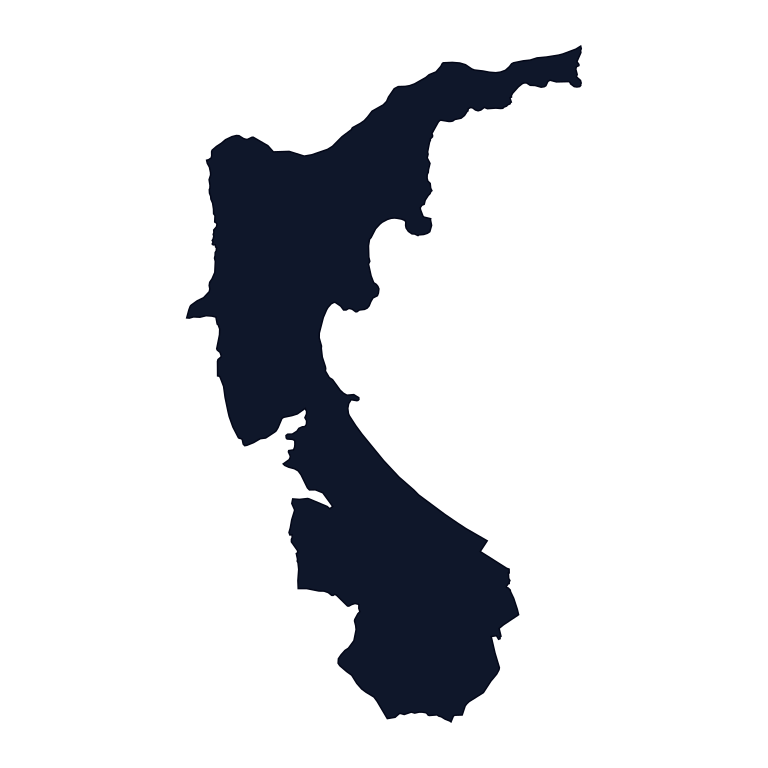 the district of Lien Chieu, Đà Nẵng, Vietnam
{"feature_id": "81297802B84719552891507", "entity_name": "Lien Chieu", "entity_type": "district", "adm_level": 2, "iso_a3": "VNM", "parent_name": "Vietnam", "parent_adm1": "Đà Nẵng", "projection": "albers", "projection_center": [108.134, 16.122], "detail": "fine", "context": "isolated", "style": "filled", "palette": "ink", "viewbox_px": 768, "rotation_deg": 0, "n_neighbors": 0, "source": "geoboundaries", "source_scale": "gbopen_adm2", "svg_char_len": 6048}
<svg xmlns="http://www.w3.org/2000/svg" viewBox="0 0 768 768"><path d="M518.6,614.7L517.3,609.3L513.7,598.3L510.6,591.8L510.2,590.0L508.1,587.9L506.5,587.5L506.5,586.2L508.5,583.5L509.2,583.5L509.2,582.1L509.9,580.5L508.7,578.4L508.4,572.9L509.2,572.9L509.1,569.1L506.7,568.3L480.2,551.5L487.2,540.8L466.1,528.7L458.0,523.4L444.7,514.3L418.6,494.9L413.8,490.0L399.0,477.1L383.6,460.6L362.0,434.2L355.7,425.6L349.3,415.7L348.4,413.4L347.8,408.3L348.7,403.6L351.1,399.7L356.9,400.7L358.0,400.4L358.9,399.5L358.8,397.7L353.8,394.6L346.9,395.2L343.4,393.2L340.1,390.1L332.5,379.6L329.3,377.6L325.4,371.0L325.7,368.5L325.4,366.7L322.3,357.1L321.3,348.4L321.5,346.1L319.2,337.9L319.3,333.1L323.3,317.5L326.6,309.8L328.0,307.4L331.2,303.8L334.1,302.3L335.4,302.5L340.7,306.1L343.6,310.0L346.1,310.0L348.2,308.7L349.7,308.5L352.2,309.2L355.7,311.8L356.9,311.8L359.4,310.0L364.5,309.4L367.2,308.1L369.1,305.9L370.8,301.7L372.9,298.0L377.4,295.7L378.4,293.1L378.9,288.9L377.9,286.4L376.3,284.4L373.7,282.7L371.1,275.9L368.5,264.1L369.8,261.3L368.8,257.1L368.5,245.8L369.5,239.4L371.1,237.5L375.6,228.8L379.8,224.2L382.2,222.2L387.5,219.4L391.2,218.3L394.5,218.0L397.2,218.3L401.6,219.1L404.9,220.5L405.8,222.2L405.6,225.3L406.1,228.0L408.4,231.4L412.0,233.9L414.6,234.0L418.0,235.6L418.8,234.9L423.7,234.5L427.4,233.3L429.8,231.7L431.6,225.4L430.5,219.8L430.7,218.7L424.0,217.1L423.0,216.2L420.6,209.9L420.2,207.8L421.8,205.3L424.2,204.3L425.2,200.2L428.3,195.4L430.0,193.7L430.9,191.5L431.9,190.7L430.7,188.2L430.2,183.4L427.8,181.0L427.1,178.2L427.2,174.7L428.3,172.3L428.5,169.6L430.0,163.4L427.2,157.9L428.1,154.2L427.6,152.0L429.5,142.3L430.4,140.2L430.3,139.0L432.5,136.8L432.6,135.3L431.9,133.6L438.4,121.9L440.1,120.3L441.0,120.2L449.0,121.5L451.0,121.4L452.8,121.0L454.8,119.5L461.1,118.2L464.5,115.5L467.2,111.3L467.9,111.0L468.3,108.6L470.8,107.5L472.8,108.0L475.4,110.0L478.1,110.8L480.9,110.0L484.3,107.4L487.4,108.7L495.8,108.1L500.7,108.5L502.8,108.3L504.0,107.1L506.6,106.1L507.6,104.9L510.1,103.8L510.5,102.5L511.3,102.1L510.0,98.1L510.1,97.6L511.5,97.1L511.4,95.6L512.5,93.4L518.4,86.8L522.1,83.8L523.8,83.0L526.5,82.9L530.2,85.3L535.1,85.5L541.1,87.2L542.5,87.0L544.3,86.7L545.9,85.7L547.9,81.4L550.0,80.2L556.4,81.9L568.9,81.6L570.1,82.5L570.5,83.8L574.2,86.6L576.9,87.0L579.7,86.6L580.8,85.4L580.7,84.2L581.2,83.1L580.5,80.4L576.4,76.8L577.2,74.5L575.8,69.2L576.4,66.8L578.9,65.6L578.9,64.4L577.1,61.9L577.2,61.0L580.9,52.6L580.6,50.4L581.3,48.7L580.7,46.1L575.9,49.1L562.8,54.0L558.6,55.1L546.6,57.0L537.0,57.9L530.1,60.1L523.4,60.8L513.5,62.8L511.6,63.8L509.4,66.7L505.4,70.3L500.4,72.1L495.7,72.7L489.3,72.2L483.0,71.0L474.4,70.0L471.7,68.9L465.5,64.7L459.8,63.0L452.4,62.4L443.2,62.8L442.3,63.5L440.8,66.4L436.0,71.9L429.1,74.7L425.8,77.5L414.5,83.9L409.5,85.7L405.2,86.4L398.2,86.6L394.2,88.7L388.5,97.0L386.6,101.4L383.2,104.9L372.0,111.2L367.6,117.0L364.2,120.7L360.3,123.4L352.4,127.7L351.3,129.7L342.0,136.7L332.5,146.3L327.5,149.4L311.7,154.8L304.2,156.1L289.2,151.4L273.4,151.9L267.9,145.7L253.2,137.2L251.9,137.3L247.7,139.3L246.3,139.4L243.6,138.6L239.0,135.7L236.4,135.5L232.0,136.6L225.5,139.7L221.4,143.2L216.5,146.4L212.1,150.2L211.6,151.7L211.7,155.7L211.2,157.9L208.6,159.7L206.6,160.2L207.3,163.3L209.4,167.1L210.5,172.4L210.6,175.0L209.1,179.7L210.0,185.3L209.9,188.2L209.3,189.6L209.5,193.2L210.7,196.3L210.9,199.1L212.6,203.1L213.5,209.1L213.6,213.8L215.0,215.6L214.7,221.7L215.0,222.3L216.1,222.6L217.0,224.4L216.4,226.9L213.7,230.0L213.9,232.5L213.2,234.4L213.8,236.1L213.1,239.0L212.2,240.5L213.1,242.0L212.2,244.0L213.2,244.9L215.3,244.7L215.6,247.0L216.7,247.9L216.3,249.0L216.4,250.4L215.2,252.5L215.1,255.5L214.5,258.1L215.3,261.4L214.8,272.4L212.0,278.9L209.7,282.3L209.2,285.5L209.8,288.8L209.3,291.6L203.6,297.7L197.2,300.8L191.1,305.2L190.2,306.3L188.9,309.8L186.7,317.9L189.4,318.1L193.5,316.9L200.0,317.2L206.1,315.7L212.0,316.1L215.9,317.1L217.2,324.1L218.2,324.9L219.7,329.0L219.5,334.8L216.7,348.8L217.3,350.1L220.0,352.3L221.2,355.8L220.9,357.1L218.0,359.5L217.5,361.4L217.6,375.9L219.3,376.2L220.1,377.2L223.6,386.4L225.1,397.5L228.0,411.5L229.2,416.6L232.9,427.0L238.4,437.7L239.1,438.2L241.6,438.8L242.3,439.8L243.2,444.1L244.7,445.7L246.9,445.3L253.6,442.6L260.3,438.7L265.7,438.0L274.8,432.0L276.1,430.9L278.0,427.7L281.9,418.5L283.7,417.3L292.0,415.6L297.4,413.9L305.1,408.4L306.6,411.3L306.5,414.0L304.9,417.7L306.6,420.7L306.5,423.4L306.2,424.8L304.8,426.6L302.3,426.8L298.9,428.3L296.9,431.2L292.3,434.1L287.6,434.2L286.0,435.5L286.2,437.9L287.1,439.0L292.5,439.4L294.2,440.2L294.8,441.1L294.9,444.5L294.6,447.2L293.5,449.9L288.7,450.6L288.4,451.9L290.3,456.1L290.0,457.9L289.1,459.7L283.2,463.9L284.7,465.4L288.7,467.2L294.4,468.7L298.1,470.8L301.0,474.7L307.4,487.8L309.4,489.9L315.3,489.8L322.8,492.8L332.7,506.4L329.8,508.8L327.2,506.5L308.9,498.8L307.6,498.5L299.5,499.4L292.7,498.9L291.8,503.5L294.5,509.6L294.5,510.7L291.7,519.8L290.3,527.9L289.0,532.5L289.9,535.0L292.0,534.7L292.2,537.5L291.4,539.2L291.4,541.9L297.6,550.7L297.7,552.7L296.3,553.5L297.5,559.2L297.2,561.2L298.0,562.7L298.7,569.4L297.9,580.6L298.2,588.6L306.8,588.6L318.9,591.0L324.0,591.1L328.3,592.6L331.6,595.3L333.1,595.4L334.6,594.4L336.4,595.1L347.5,606.0L348.9,606.1L351.6,604.6L355.0,603.5L358.1,604.2L358.9,604.8L358.8,608.4L359.9,611.7L357.9,613.7L354.8,619.4L354.5,620.9L355.7,625.7L356.1,629.7L353.9,640.7L348.4,648.2L345.0,650.4L341.0,654.9L338.4,658.7L338.1,663.2L339.8,665.7L346.7,671.6L351.7,675.2L356.8,683.4L361.7,689.0L366.0,692.2L373.9,697.0L377.1,701.3L387.3,718.6L395.1,717.3L399.3,713.6L400.7,713.5L404.2,714.5L411.3,712.1L414.7,713.1L419.2,712.1L422.0,712.1L425.7,712.7L426.8,713.3L428.1,715.1L429.2,715.5L437.1,714.9L438.7,716.1L441.3,716.8L445.0,719.1L449.8,721.0L451.0,721.9L453.5,715.8L455.2,715.2L462.2,715.0L465.2,705.9L466.9,703.7L469.1,701.6L483.4,692.6L490.9,681.1L496.7,674.1L499.0,669.8L499.4,667.7L495.0,653.0L491.2,636.5L496.5,635.7L498.6,639.3L500.1,638.7L500.0,637.1L501.0,636.3L499.1,628.4L503.5,624.8L518.6,614.7Z" fill="#0f172a" stroke="#020617" stroke-width="1.5"/></svg>